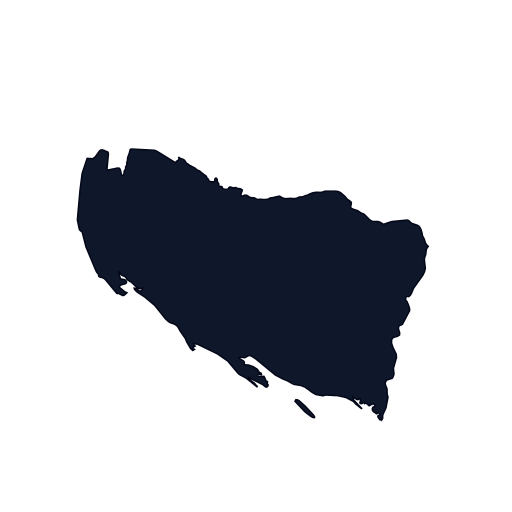 Inhambane, Albers equal-area conic projection, rotated 123°
{"feature_id": "MOZ-1925", "entity_name": "Inhambane", "entity_type": "Province", "adm_level": 1, "iso_a3": "MOZ", "parent_name": "Mozambique", "parent_adm1": "", "projection": "albers", "projection_center": [34.454, -22.902], "detail": "fine", "context": "isolated", "style": "filled", "palette": "ink", "viewbox_px": 512, "rotation_deg": 123, "n_neighbors": 0, "source": "natural_earth", "source_scale": "10m", "svg_char_len": 6081}
<svg xmlns="http://www.w3.org/2000/svg" viewBox="0 0 512 512"><g transform="rotate(123 256 256)"><path d="M325.1,61.2L324.7,61.9L324.7,62.4L325.9,62.6L325.2,64.8L324.7,65.8L323.9,66.7L322.9,66.1L321.9,66.0L321.1,66.5L320.7,67.7L321.0,68.4L322.6,68.7L322.7,69.3L322.6,70.1L322.6,72.9L321.9,74.4L320.7,75.3L319.1,75.6L317.7,74.5L316.9,74.4L316.3,75.6L316.1,77.0L316.7,77.7L317.5,78.1L318.9,79.0L319.7,79.2L320.0,79.7L320.0,80.2L319.9,80.8L319.6,81.2L319.4,81.1L319.6,82.2L319.5,83.1L319.7,83.8L320.7,84.5L320.1,85.7L320.7,86.2L321.8,86.6L322.6,87.2L322.8,88.6L322.1,89.2L321.0,89.4L319.9,90.0L319.0,91.2L319.3,91.6L320.3,91.8L321.3,92.7L321.5,93.8L321.2,98.1L323.6,95.6L326.4,83.8L326.5,85.5L325.8,92.0L324.9,94.9L325.7,103.6L328.6,111.3L334.2,121.1L335.5,122.8L336.7,123.5L339.6,130.4L339.8,134.6L339.3,143.3L340.1,147.6L342.8,153.8L343.2,155.4L343.6,161.8L344.5,166.5L345.3,174.9L342.4,200.5L342.4,204.8L342.9,207.2L344.2,208.4L345.8,209.1L347.4,210.0L349.1,213.3L350.5,214.8L351.1,213.7L350.8,209.3L351.5,207.8L353.6,206.6L351.5,202.9L350.3,198.0L350.3,193.2L351.9,189.5L351.5,188.5L351.6,187.8L352.0,187.2L352.6,186.7L353.6,189.6L354.5,190.3L355.7,188.7L353.4,184.5L352.6,183.9L353.1,182.7L355.1,179.9L355.2,179.3L355.1,178.0L356.9,177.0L357.1,176.8L357.5,175.6L358.4,175.2L359.5,175.3L360.2,175.7L360.6,176.7L360.5,177.8L360.2,180.2L362.0,197.1L362.7,195.4L363.1,193.7L363.5,188.1L364.3,185.7L364.6,184.0L365.2,184.0L363.9,196.4L363.8,198.4L364.4,204.9L364.2,207.1L359.5,222.5L359.1,235.0L361.8,256.8L363.4,260.7L364.3,259.5L364.6,258.9L364.7,258.0L366.3,258.8L367.8,258.8L368.5,258.3L367.8,257.3L367.8,256.7L369.7,257.6L369.2,260.5L365.8,267.3L363.7,270.3L360.1,279.1L358.4,282.1L357.8,283.7L357.5,285.7L357.7,287.8L358.6,291.5L358.7,293.5L358.0,297.7L352.6,314.0L351.0,327.0L351.0,335.6L350.7,337.6L350.1,339.8L349.3,340.7L348.4,338.7L348.5,336.8L348.9,335.0L348.6,333.7L346.3,333.2L344.8,333.5L345.1,334.3L346.1,335.1L346.6,335.3L347.1,337.6L347.2,338.7L347.0,340.6L346.1,344.5L345.9,346.5L346.0,349.8L345.9,351.1L345.6,352.1L344.9,353.5L344.6,354.5L345.1,357.0L345.2,358.2L345.0,359.3L344.1,361.2L343.9,362.3L344.7,362.2L349.0,357.2L347.5,353.7L347.4,351.9L348.3,350.3L349.7,350.1L351.0,350.9L353.3,353.1L355.1,353.9L356.1,354.0L356.7,353.1L357.5,346.1L357.1,344.9L357.1,344.2L360.8,345.2L361.8,346.3L362.2,350.7L362.5,351.5L363.0,351.8L363.2,352.3L357.8,369.6L357.6,371.6L357.8,372.9L358.6,375.0L358.8,376.1L358.5,377.0L357.2,378.2L356.9,378.8L356.4,380.7L355.3,382.6L341.1,403.4L330.7,414.7L330.5,415.7L330.4,417.0L330.2,417.9L329.8,418.8L323.0,425.5L296.2,439.7L281.4,446.8L266.1,450.8L263.3,445.9L260.5,444.8L253.4,444.5L251.9,444.1L251.0,443.2L250.5,442.1L250.1,440.7L250.0,439.3L249.6,437.8L249.5,436.7L250.3,435.8L251.4,435.0L264.3,428.3L264.8,427.7L264.5,427.0L257.6,420.0L256.8,418.5L257.2,417.3L257.9,416.3L260.7,413.6L261.3,412.5L261.3,412.0L261.0,411.6L260.1,411.3L259.5,411.3L256.7,412.7L254.3,412.8L253.7,413.0L252.4,413.8L250.1,414.0L249.6,414.2L247.9,415.3L246.0,415.8L243.9,417.0L242.8,417.4L239.0,418.2L235.2,419.5L234.6,419.2L233.9,418.4L222.7,398.9L222.3,397.3L222.1,395.8L221.6,374.3L221.3,374.2L220.4,374.3L219.9,374.3L218.5,373.6L217.5,373.3L216.9,373.4L216.3,373.7L215.7,374.4L215.4,374.4L215.3,374.1L215.3,372.5L214.6,369.6L214.6,368.4L214.9,367.4L215.8,365.5L216.0,364.5L215.9,363.5L216.1,361.6L215.5,354.8L215.8,353.1L215.9,352.1L215.5,350.3L215.4,349.3L215.5,348.6L215.8,347.5L215.8,345.9L216.0,344.1L216.1,341.6L216.2,341.1L217.3,339.5L217.5,337.9L218.4,336.7L218.6,336.2L218.6,335.5L218.4,334.8L217.0,332.2L216.6,331.7L216.2,331.5L215.7,331.5L214.3,332.2L213.3,332.5L212.7,332.3L212.4,331.9L212.4,331.3L212.8,330.4L214.7,328.8L214.9,328.4L215.8,326.5L217.1,325.7L217.4,325.2L217.5,324.5L216.7,323.2L216.4,322.6L216.5,322.1L217.4,320.8L217.6,320.2L217.4,319.4L216.2,317.0L215.6,316.3L214.9,316.0L213.7,316.0L212.7,315.8L212.0,315.0L211.4,312.7L211.1,312.0L210.7,311.5L209.8,310.6L209.6,310.1L209.4,308.2L208.4,306.4L208.0,305.0L208.0,303.8L208.2,303.4L208.6,303.1L210.1,302.9L212.7,302.1L213.2,301.8L213.4,301.4L213.5,300.7L213.0,299.9L211.4,298.9L210.7,298.0L210.3,297.4L210.1,296.6L210.1,293.9L210.0,292.6L209.6,291.7L208.4,289.6L208.1,288.8L208.0,287.9L208.0,286.4L207.6,285.3L206.3,283.7L204.2,279.9L203.1,278.4L202.6,277.9L201.5,276.7L201.1,276.4L199.9,275.9L199.2,275.4L198.2,274.1L197.1,272.9L196.0,272.0L195.0,270.8L193.7,269.8L193.1,269.1L192.9,268.5L192.9,266.7L192.7,264.9L192.1,262.9L188.8,258.4L187.3,255.6L186.1,254.1L185.4,253.4L182.9,251.8L181.2,249.4L180.4,248.7L178.8,247.7L176.6,245.8L175.1,245.0L172.4,243.1L170.7,241.4L168.9,239.0L168.2,237.6L167.0,235.9L166.0,234.9L164.8,234.1L163.7,233.0L158.1,224.3L157.1,221.9L156.9,220.7L156.8,219.4L157.6,213.7L158.6,210.7L158.8,206.4L158.9,205.8L159.5,205.0L160.3,204.5L163.0,203.5L163.4,203.3L163.8,202.9L163.9,202.4L164.0,201.8L163.8,199.9L162.7,195.9L162.6,194.6L162.7,192.8L162.6,190.9L162.1,188.5L162.1,187.9L163.5,181.4L163.8,178.9L163.5,177.0L160.6,172.4L160.2,170.9L160.0,169.4L160.0,166.9L159.7,166.1L153.3,161.1L143.8,149.2L143.4,148.5L143.2,147.8L143.2,146.6L143.7,144.5L143.8,143.6L143.6,142.5L142.3,137.3L142.3,135.5L142.6,134.4L144.1,131.8L146.0,129.6L148.1,127.6L148.7,126.8L150.1,124.2L152.9,120.8L153.7,118.8L154.2,116.7L154.6,116.8L156.8,116.9L158.7,116.3L162.2,114.5L165.9,113.6L167.9,112.4L174.2,107.2L177.5,106.1L181.2,105.6L197.3,106.3L202.6,105.3L204.9,105.2L206.9,105.8L207.7,107.4L208.2,107.9L209.2,107.7L211.2,106.7L211.6,106.0L212.1,104.3L214.7,100.6L216.6,98.4L218.2,97.4L233.5,96.0L234.7,96.6L235.9,97.6L237.4,98.0L239.6,96.8L242.2,93.6L244.1,92.6L246.3,93.6L249.1,96.1L250.6,96.7L252.3,96.7L255.2,94.9L257.9,91.6L261.9,85.0L264.5,82.9L275.3,79.6L279.8,76.0L281.4,75.5L283.5,75.1L284.3,75.1L288.4,78.4L289.3,78.9L292.3,78.5L294.3,76.3L295.9,73.9L300.9,70.4L301.5,69.7L301.9,68.9L303.0,68.2L312.5,64.3L319.8,63.2L321.0,62.8L323.0,61.4L325.1,61.2ZM358.1,121.0L359.1,119.1L360.0,119.1L360.5,120.7L360.6,123.1L360.0,130.3L356.6,144.2L354.7,144.3L354.0,142.9L353.9,140.9L355.0,133.4L358.1,121.0Z" fill="#0f172a" stroke="#020617" stroke-width="1.5"/></g></svg>